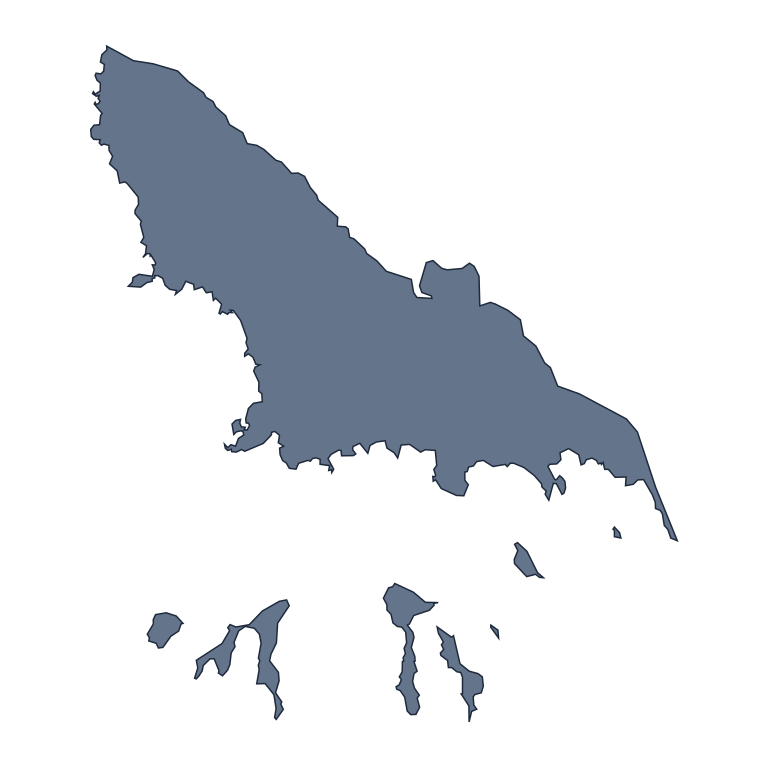 outline of Nioumachioi, Moûhîlî, Comoros
{"feature_id": "10938185B46959303700006", "entity_name": "Nioumachioi", "entity_type": "district", "adm_level": 2, "iso_a3": "COM", "parent_name": "Comoros", "parent_adm1": "Moûhîlî", "projection": "robinson", "projection_center": [43.69, -12.344], "detail": "fine", "context": "isolated", "style": "filled", "palette": "slate", "viewbox_px": 768, "rotation_deg": 0, "n_neighbors": 0, "source": "geoboundaries", "source_scale": "gbopen_adm2", "svg_char_len": 6096}
<svg xmlns="http://www.w3.org/2000/svg" viewBox="0 0 768 768"><path d="M550.4,367.6L544.7,363.0L535.9,346.1L523.5,335.9L520.4,319.8L508.0,310.4L495.2,304.0L490.4,302.4L479.8,305.9L479.0,276.2L474.2,266.4L469.5,263.2L462.1,268.5L447.2,269.8L441.8,268.4L433.0,260.6L426.3,262.6L419.5,285.8L421.9,292.5L431.4,295.9L431.9,298.4L416.9,297.5L413.6,292.5L411.3,279.4L386.3,271.3L376.9,260.9L366.7,253.5L364.7,249.0L353.9,238.8L349.6,237.4L348.1,228.8L345.6,226.8L337.3,226.2L337.7,217.3L318.3,200.3L316.6,195.1L310.3,187.6L304.6,176.4L298.1,173.0L291.6,173.4L281.4,162.0L275.8,160.2L264.1,149.6L256.9,145.4L247.2,143.6L242.7,132.7L229.4,124.6L225.6,115.7L215.9,107.1L213.0,101.5L206.0,97.3L203.6,92.8L188.5,81.8L177.6,71.0L153.2,63.8L133.4,60.7L106.7,46.1L106.9,50.0L101.9,54.6L100.4,62.0L104.3,64.4L103.7,71.1L100.9,73.9L96.1,73.2L95.1,75.5L97.1,80.4L100.3,82.9L100.2,90.9L95.2,94.2L93.4,91.7L92.6,93.6L96.2,96.2L99.2,95.6L98.1,98.4L100.1,101.4L98.2,103.8L95.8,104.3L95.1,102.4L94.3,104.0L102.1,113.4L100.6,115.3L99.6,124.7L94.1,125.2L90.7,129.3L91.3,136.6L93.6,139.3L100.2,139.7L99.2,142.8L101.4,145.2L104.0,144.1L108.9,145.4L109.1,150.5L112.6,156.3L109.5,163.8L117.2,170.9L119.7,183.1L124.8,181.9L127.0,183.3L138.2,197.0L138.5,204.4L135.1,210.1L135.0,213.6L141.3,221.2L140.4,224.3L143.8,237.4L140.9,242.4L146.5,245.7L145.5,253.8L142.9,257.4L147.4,253.5L150.1,253.8L150.2,256.1L151.1,255.4L155.7,262.9L155.1,265.0L152.3,264.8L154.2,269.5L152.4,276.3L139.0,274.3L133.0,277.6L132.4,282.1L128.3,286.3L140.7,287.1L147.0,282.5L152.2,281.3L152.1,278.7L154.8,277.9L154.8,275.7L157.8,275.6L162.7,278.3L165.2,285.3L169.7,289.3L176.6,290.5L175.4,294.3L181.8,289.2L185.8,281.3L193.6,284.3L194.3,289.7L202.5,286.9L206.3,292.8L212.1,291.8L213.4,300.4L215.7,298.2L221.6,304.2L219.0,313.3L220.3,314.0L222.4,311.6L227.6,314.3L228.8,312.6L232.4,312.6L230.2,310.2L233.3,310.4L240.6,320.4L247.1,338.5L246.0,342.6L248.2,349.0L244.7,353.3L244.7,356.3L248.3,353.9L252.9,357.1L255.8,364.2L259.9,364.8L255.0,367.3L253.7,371.1L258.9,382.2L258.7,391.1L261.8,393.7L262.3,401.7L253.4,403.3L248.4,408.5L245.7,418.8L246.2,423.0L248.5,423.2L249.6,425.4L247.3,429.9L243.9,429.9L245.3,427.3L241.3,426.8L239.8,423.1L240.5,419.4L235.7,420.4L232.0,424.1L233.8,434.5L236.3,431.9L241.1,430.7L243.2,432.0L243.7,435.0L238.5,438.4L235.5,446.2L231.0,444.7L227.7,447.6L224.5,444.2L225.3,448.2L227.7,450.5L231.3,449.3L231.7,451.7L236.4,452.1L241.6,449.5L244.7,451.3L263.3,443.4L271.4,434.9L271.6,432.2L275.0,431.5L279.5,435.3L278.3,442.7L283.7,446.2L279.6,448.1L280.1,454.7L282.6,460.5L286.4,463.1L289.3,468.3L296.0,469.2L298.6,463.3L307.8,460.4L310.4,461.2L312.5,458.5L316.1,457.8L320.1,459.3L320.1,464.3L329.6,465.6L328.7,470.5L331.5,469.9L331.8,472.5L333.7,469.2L328.0,458.6L331.2,454.3L338.7,450.1L341.0,450.5L341.6,455.8L353.4,455.6L355.8,453.9L352.6,449.8L353.0,446.5L359.8,443.3L367.8,453.3L370.0,445.5L376.3,442.0L385.1,440.8L387.0,448.1L394.2,452.8L397.7,458.0L401.2,445.0L409.7,444.4L420.6,452.1L425.3,449.7L435.3,450.4L436.7,465.5L433.8,469.4L435.6,475.2L434.7,476.9L432.8,476.4L433.2,481.2L435.6,479.8L441.2,488.5L456.3,495.4L463.8,495.8L468.3,484.7L464.9,480.3L464.8,472.1L467.3,471.5L468.5,467.1L473.5,465.9L476.6,461.6L483.3,460.4L493.0,466.5L505.3,464.4L507.2,466.6L510.2,463.3L513.5,463.2L523.8,467.4L534.4,475.6L541.5,483.8L542.0,487.1L546.1,491.0L545.2,494.2L548.8,500.2L553.3,483.4L556.4,483.7L562.0,494.4L564.0,493.1L565.6,487.9L564.9,481.4L562.5,478.1L559.7,475.7L556.4,479.7L554.7,479.4L547.9,466.4L549.8,464.3L556.8,463.9L560.9,459.8L560.0,452.8L568.6,448.6L578.7,454.7L581.1,464.9L584.3,463.6L586.3,459.7L592.0,458.1L596.4,460.4L598.4,463.9L600.9,463.0L601.4,464.5L603.1,462.5L604.7,469.3L608.4,469.4L615.1,477.3L626.1,477.0L625.5,485.7L633.2,484.3L637.8,479.9L643.6,479.6L652.3,494.7L655.3,502.3L655.5,508.5L660.2,510.4L662.4,513.9L664.3,525.5L667.8,529.3L670.8,538.1L677.3,540.7L655.6,487.2L637.4,432.0L626.4,419.0L579.6,394.0L557.7,386.1L550.4,367.6ZM286.6,599.9L279.4,601.3L262.5,610.9L249.2,624.7L236.0,627.0L230.0,624.6L227.8,627.7L229.6,630.7L222.0,643.6L196.3,660.3L197.8,667.9L194.6,678.2L196.2,678.9L198.6,676.4L202.2,670.9L203.2,665.6L210.1,658.8L214.2,658.9L219.0,670.7L218.4,673.0L222.5,675.8L227.5,670.3L229.8,664.8L231.2,652.9L235.0,646.7L234.0,642.4L238.7,630.9L245.2,626.4L254.4,628.3L259.4,634.2L261.1,643.3L258.4,658.2L259.8,660.7L258.3,665.4L259.2,669.5L256.7,683.8L265.1,683.6L273.9,694.6L276.1,708.5L274.6,717.6L276.2,719.4L283.3,709.4L280.8,704.1L281.8,702.0L275.5,692.7L279.1,680.8L278.4,672.3L269.6,660.8L271.0,654.1L276.4,643.0L277.6,623.2L289.2,605.8L286.6,599.9ZM413.4,592.2L394.8,583.5L392.7,586.7L388.6,587.8L383.4,598.2L386.9,604.6L387.0,610.1L391.0,614.2L392.9,622.8L397.3,626.4L401.9,627.2L405.7,632.2L406.6,642.9L404.1,648.3L405.4,653.8L403.1,657.7L403.8,661.0L402.4,661.5L402.2,671.8L399.3,676.9L401.4,679.6L399.2,684.8L396.1,686.7L396.7,689.2L400.2,690.6L404.7,697.1L407.2,711.0L410.7,714.6L415.9,714.4L419.6,707.3L417.2,698.1L419.3,695.2L414.5,688.2L412.6,681.4L414.0,673.6L417.1,671.2L413.9,661.4L415.1,661.1L414.8,656.4L411.3,647.5L414.0,637.3L412.8,632.3L407.3,625.1L409.4,624.0L413.7,615.5L429.3,610.3L434.1,605.2L433.6,603.4L438.2,602.6L425.4,602.3L413.4,592.2ZM451.5,637.2L437.1,626.9L438.5,633.4L443.4,642.1L441.4,644.8L443.7,649.4L440.4,653.0L440.9,655.5L447.6,660.5L448.4,667.6L451.8,667.6L456.7,671.7L460.7,672.5L462.5,677.2L462.5,693.8L461.2,693.9L468.9,705.9L469.1,721.9L471.6,711.4L476.7,709.2L473.8,705.1L473.2,696.9L474.9,694.5L481.3,692.8L483.3,686.1L482.3,676.8L478.0,673.6L469.2,671.2L460.0,663.7L453.5,635.7L451.5,637.2ZM176.2,616.0L166.2,612.8L155.6,614.6L153.3,619.5L153.3,624.1L147.3,634.2L149.4,637.8L148.8,641.0L156.2,643.3L158.4,648.0L162.9,647.4L171.0,636.1L178.6,631.1L181.1,623.9L183.0,623.4L176.2,616.0ZM526.9,551.3L517.5,542.6L514.6,544.3L517.8,550.6L514.3,559.3L514.5,563.6L526.7,576.6L535.6,574.3L539.5,577.4L543.4,577.7L537.5,572.6L526.9,551.3ZM614.4,527.1L613.0,529.2L614.4,530.4L614.4,536.7L620.9,538.0L619.5,532.6L614.4,527.1ZM497.9,630.1L490.9,625.1L490.7,627.1L498.6,638.1L497.9,630.1Z" fill="#64748b" stroke="#1e293b" stroke-width="1.5"/></svg>